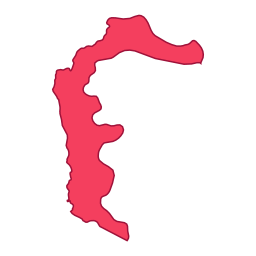 SVG path tracing the border of Azad Kashmir
{"feature_id": "PAK-1109", "entity_name": "Azad Kashmir", "entity_type": "Centrally Administered Area", "adm_level": 1, "iso_a3": "PAK", "parent_name": "Pakistan", "parent_adm1": "", "projection": "mercator", "projection_center": [73.919, 33.973], "detail": "fine", "context": "isolated", "style": "filled", "palette": "rose", "viewbox_px": 256, "rotation_deg": 0, "n_neighbors": 0, "source": "natural_earth", "source_scale": "10m", "svg_char_len": 4118}
<svg xmlns="http://www.w3.org/2000/svg" viewBox="0 0 256 256"><path d="M200.8,63.4L199.9,62.7L196.9,62.7L191.6,63.9L184.0,64.2L155.4,58.5L134.9,50.9L129.7,50.1L124.6,50.5L119.4,52.6L113.3,57.1L111.2,58.2L98.3,60.5L97.2,61.0L94.8,63.0L94.7,65.3L95.3,67.8L95.4,70.6L94.2,72.6L90.3,75.4L89.0,77.6L88.8,81.3L88.4,82.5L87.7,83.3L85.7,84.4L84.8,85.1L83.5,87.3L83.1,89.7L83.7,92.1L85.5,94.0L87.5,95.2L89.5,96.0L91.6,96.3L93.9,96.1L96.3,96.3L97.7,98.0L99.5,102.9L100.6,104.7L101.3,106.9L101.0,108.9L99.5,110.3L94.6,112.9L92.7,114.9L92.0,117.9L92.8,120.8L94.6,123.4L97.0,125.2L99.5,125.7L105.0,124.3L106.7,124.4L111.0,125.9L113.9,125.8L117.0,125.0L119.9,124.9L122.5,126.7L123.5,129.9L122.7,133.0L120.8,135.8L118.6,138.1L115.8,140.1L112.9,141.4L104.2,142.9L102.3,144.7L99.5,149.7L99.0,150.9L98.6,152.1L98.4,153.4L98.2,156.2L98.4,157.8L98.8,159.2L99.5,160.5L103.4,163.8L108.5,166.7L112.9,170.2L114.2,175.5L112.5,183.0L110.0,190.0L109.2,191.7L108.3,193.0L107.2,194.2L105.9,195.2L102.8,196.4L101.5,197.3L100.7,199.0L100.5,203.3L101.6,206.3L103.8,208.6L106.7,210.7L109.4,213.4L113.9,219.6L116.9,221.4L124.4,222.7L126.7,224.1L127.5,226.2L127.7,231.1L128.7,236.1L128.5,238.1L127.6,239.9L127.1,240.6L100.0,226.5L99.5,225.9L98.1,223.5L98.1,223.4L97.8,222.9L97.4,222.4L96.8,221.8L95.4,221.0L93.9,220.6L91.1,220.7L90.0,220.9L89.2,221.2L87.6,222.0L87.0,222.2L85.6,222.1L84.0,221.1L83.0,220.6L82.2,219.1L79.6,217.5L74.8,215.3L72.2,213.5L70.7,211.5L72.6,209.7L72.5,208.6L73.0,207.8L73.3,206.8L73.4,205.6L72.9,204.6L72.2,204.0L70.6,203.0L70.3,202.5L70.2,201.9L70.2,201.3L70.1,201.0L69.7,201.0L69.0,201.1L68.9,201.2L68.5,201.4L67.9,201.4L67.6,201.5L67.4,201.3L67.3,200.4L67.5,200.3L68.0,200.2L68.7,199.8L68.9,199.6L68.8,197.7L68.5,195.8L68.4,194.0L68.7,193.0L68.9,192.3L69.2,191.2L68.8,190.3L67.8,189.0L67.0,187.7L66.8,185.9L67.5,184.7L68.5,183.6L69.3,180.7L69.9,180.2L70.0,180.2L70.6,180.0L71.1,179.6L71.2,178.7L71.0,177.9L70.7,177.2L70.1,174.0L70.1,173.1L70.4,172.4L70.9,172.2L71.4,171.9L71.8,171.0L71.6,169.4L71.0,167.6L70.1,165.9L69.2,164.7L67.0,162.7L66.7,162.0L67.2,160.6L67.0,160.0L67.1,159.1L68.6,155.9L68.9,154.6L68.9,152.8L68.6,151.0L68.0,149.4L67.0,148.0L66.2,145.4L67.5,138.2L67.3,134.9L62.3,125.4L62.3,125.2L61.5,119.5L60.0,113.6L60.0,112.4L59.9,111.8L59.9,111.5L60.1,108.4L60.0,106.7L58.7,99.8L58.7,99.7L57.5,98.4L57.2,97.5L56.5,96.1L53.2,91.3L52.7,89.3L53.0,88.8L53.9,87.1L54.3,85.9L54.7,84.1L54.8,83.9L54.9,83.4L54.8,80.4L54.9,80.0L54.9,79.9L55.0,79.7L55.5,78.8L55.6,78.6L55.7,78.2L55.7,77.9L55.6,75.3L55.6,74.9L55.8,74.5L56.2,73.7L56.3,73.4L56.4,73.1L56.4,72.2L56.4,71.7L56.5,71.3L56.7,70.9L57.1,70.5L57.8,70.1L60.3,69.7L60.6,69.6L61.1,69.7L62.8,70.0L63.0,70.0L63.5,70.0L65.1,69.2L66.1,68.7L66.8,68.4L67.5,68.3L68.2,68.3L68.4,68.3L68.9,68.4L69.3,68.7L69.4,68.9L69.5,69.1L69.7,69.6L70.0,70.2L70.2,70.5L70.4,70.7L70.8,70.7L71.3,70.2L72.1,68.6L73.7,63.9L73.8,63.3L73.8,62.8L73.6,62.3L73.1,61.4L72.9,61.0L72.8,60.5L72.9,60.0L73.0,59.6L75.5,55.8L75.9,55.0L76.6,52.9L77.1,51.8L77.7,51.1L78.6,50.3L80.3,48.9L81.1,48.4L81.8,48.2L83.3,48.3L83.8,48.2L84.3,48.0L84.9,47.7L86.4,46.5L86.7,46.4L88.5,46.0L92.0,46.4L92.2,46.2L92.4,46.2L93.9,45.0L94.2,44.8L94.6,44.6L95.2,44.1L95.3,44.0L95.6,43.7L96.3,42.5L96.7,42.1L97.1,41.7L97.7,41.2L98.3,41.0L99.6,40.8L100.1,40.7L100.5,40.6L101.4,40.3L102.4,39.9L102.7,39.6L102.8,39.4L103.2,38.9L103.4,38.7L103.8,37.0L104.2,36.1L104.4,35.8L104.8,35.3L105.7,34.6L105.8,34.5L106.0,34.3L106.4,33.4L106.6,32.6L106.5,31.0L106.6,30.2L106.8,29.4L107.5,28.5L108.3,27.7L108.9,27.3L109.3,27.0L109.5,26.7L109.6,26.2L109.3,25.5L108.9,25.0L108.5,24.7L107.6,24.2L107.3,24.0L107.1,23.9L107.0,23.7L106.9,23.4L106.8,23.1L106.7,22.7L106.9,22.1L107.6,20.5L108.0,19.9L108.6,19.2L109.5,18.4L111.5,17.8L112.6,17.8L115.6,17.9L123.2,19.0L129.9,18.4L134.8,16.5L139.0,15.4L141.1,15.7L143.7,17.1L146.0,19.7L148.0,23.0L151.1,30.4L152.9,33.5L155.1,35.7L166.3,42.3L171.7,44.6L176.7,46.1L180.5,46.1L183.0,45.7L184.9,45.0L188.0,44.4L189.6,43.5L192.5,40.8L193.9,40.5L194.0,40.5L195.7,41.3L199.5,45.3L201.4,48.0L202.8,51.2L203.3,54.5L203.0,57.6L201.0,62.3L200.8,63.3L200.8,63.4Z" fill="#f43f5e" stroke="#9f1239" stroke-width="1.5"/></svg>